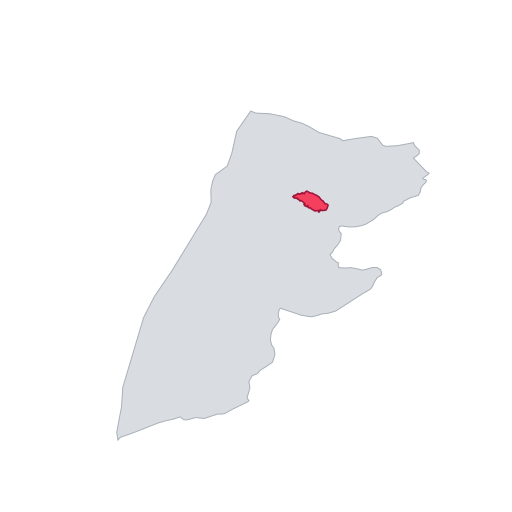 Gounwolaila, Gbapolu, Liberia shown in context, rotated 71°
{"feature_id": "62588387B55137864763124", "entity_name": "Gounwolaila", "entity_type": "district", "adm_level": 2, "iso_a3": "LBR", "parent_name": "Liberia", "parent_adm1": "Gbapolu", "projection": "equal_earth", "projection_center": [-9.957, 7.206], "detail": "fine", "context": "in_parent", "style": "filled", "palette": "rose", "viewbox_px": 512, "rotation_deg": 71, "n_neighbors": 0, "source": "geoboundaries", "source_scale": "gbopen_adm2", "svg_char_len": 4217}
<svg xmlns="http://www.w3.org/2000/svg" viewBox="0 0 512 512"><g transform="rotate(71 256 256)"><path d="M117.2,213.8L120.8,209.7L126.0,196.6L133.4,184.1L140.3,176.7L145.7,169.0L151.5,163.2L159.7,156.3L172.4,138.3L175.3,136.2L177.3,123.8L180.5,107.9L184.1,103.0L192.7,100.0L194.7,97.3L197.8,86.1L199.7,73.1L199.9,70.3L203.3,70.0L209.1,67.2L212.4,68.4L213.9,72.2L214.7,75.3L232.2,67.2L233.7,65.5L234.6,65.8L236.8,73.1L238.1,72.7L239.2,70.6L240.3,70.4L241.7,71.4L243.1,74.8L245.3,77.8L249.1,80.0L251.5,82.9L251.2,90.7L252.2,98.4L253.8,100.1L254.7,104.6L255.1,109.6L256.0,112.3L256.7,117.3L256.4,122.7L257.0,126.5L259.8,133.0L261.6,141.3L261.6,147.1L260.6,153.3L258.7,158.9L255.5,165.0L255.2,167.4L257.1,169.0L260.1,169.3L262.5,168.1L268.7,170.9L272.0,175.0L274.8,179.9L277.4,182.5L278.6,185.6L283.0,184.8L288.1,181.7L289.1,180.3L290.7,181.1L294.0,181.4L296.3,175.9L298.1,169.6L302.1,162.8L304.0,160.2L304.5,155.8L304.7,150.2L306.2,145.4L309.4,142.7L313.0,142.7L314.9,143.7L315.9,148.4L318.7,152.0L321.2,154.5L322.4,155.5L324.5,158.3L326.4,167.8L334.0,198.5L333.6,207.0L332.2,212.5L332.1,218.0L331.6,223.3L327.0,232.1L313.3,250.0L314.4,251.6L317.7,253.7L321.0,254.7L323.7,254.2L327.2,258.6L330.8,264.3L334.7,267.2L340.4,269.8L345.3,270.1L349.5,269.1L355.4,270.2L361.7,274.9L363.9,282.6L365.4,289.3L367.6,292.7L367.9,298.5L372.4,303.6L378.8,304.7L387.1,310.6L389.2,310.3L390.1,309.6L391.1,310.7L393.2,328.0L394.8,337.2L394.0,340.9L392.9,343.8L392.8,357.8L389.1,365.8L388.5,374.6L387.4,377.5L383.4,380.0L383.4,386.8L382.4,394.9L382.0,403.6L383.1,426.3L383.3,443.3L385.1,446.5L377.4,445.1L354.5,432.1L336.8,424.7L277.7,382.4L261.3,365.4L242.4,340.1L200.3,289.2L190.7,281.0L178.6,277.1L171.2,272.7L165.9,268.0L161.6,253.9L151.1,245.5L131.7,233.6L117.2,213.8Z" fill="#d9dde1" stroke="#a8b0b8" stroke-width="1"/><path d="M220.6,177.2L220.0,177.5L219.8,178.2L219.2,178.4L218.4,178.8L218.0,179.3L217.3,180.2L217.1,180.4L216.1,181.3L215.8,181.5L215.3,181.9L214.8,182.5L214.4,183.7L213.1,185.1L212.1,185.9L211.3,186.7L211.1,187.1L211.6,188.6L212.5,189.7L212.4,189.7L211.9,191.0L212.3,191.4L212.2,191.5L211.9,191.4L211.6,191.6L211.3,191.5L211.3,191.8L211.3,192.5L211.5,192.6L211.6,192.8L211.5,193.2L211.5,193.5L211.8,193.7L211.7,193.8L211.6,194.1L211.3,194.8L211.5,195.0L211.4,195.3L211.2,195.5L211.0,195.4L210.9,195.5L210.5,196.2L210.6,196.6L210.8,196.6L211.0,196.6L211.0,197.0L211.1,197.4L211.2,198.0L211.1,198.3L211.2,198.5L211.5,198.7L211.6,198.9L211.6,199.0L211.4,199.3L211.6,199.4L211.7,199.6L211.8,199.8L211.8,200.1L211.3,200.1L211.1,200.4L211.3,200.6L211.5,200.9L211.6,200.7L212.1,201.1L212.1,201.7L212.1,201.8L212.6,201.6L213.2,201.2L213.3,201.2L213.5,201.0L213.8,200.7L214.0,200.4L214.2,199.9L214.3,199.5L214.5,198.7L214.6,198.4L214.7,198.2L214.9,198.3L215.1,198.4L215.2,198.2L215.4,197.9L215.9,198.0L216.1,197.8L216.6,197.4L216.8,197.3L217.0,196.9L217.2,196.7L217.6,196.7L218.2,196.6L218.4,196.3L218.3,195.8L218.3,195.5L218.3,195.4L218.3,195.2L220.0,194.1L220.5,193.8L220.8,193.7L221.6,193.3L222.5,192.8L222.6,193.3L222.8,193.7L223.0,193.5L223.4,193.3L223.7,193.6L223.8,193.6L224.1,193.7L224.2,193.4L224.5,193.3L225.1,192.6L225.4,192.4L225.6,192.3L225.7,192.2L225.4,191.5L225.4,191.4L225.3,191.2L226.0,190.8L225.9,190.7L226.1,190.7L226.4,191.0L226.5,190.9L226.8,190.7L227.2,190.7L227.6,190.4L228.0,190.0L228.0,189.1L228.6,188.7L228.9,188.5L229.0,188.5L229.3,188.6L229.7,188.2L230.3,187.5L230.4,187.4L230.8,187.3L231.4,186.6L231.8,185.9L232.0,185.8L232.3,186.0L232.4,185.8L232.5,185.4L233.0,184.6L233.0,184.3L233.0,183.7L233.2,183.4L233.1,182.9L233.2,182.7L233.8,182.0L233.8,181.9L234.1,182.2L234.3,182.1L234.7,182.3L234.8,182.4L235.0,182.1L234.9,181.8L234.8,181.7L234.6,181.6L234.4,181.1L234.3,180.9L234.2,180.8L234.1,180.7L233.8,180.6L233.7,180.8L233.5,181.0L233.5,180.4L233.3,180.2L233.1,180.0L233.2,179.8L233.3,179.8L233.7,179.9L234.3,179.1L234.4,178.8L234.5,178.5L234.6,178.4L234.8,178.2L234.8,177.7L234.8,177.4L235.0,177.2L235.0,176.8L235.1,176.6L235.0,176.0L235.3,175.5L235.3,174.8L235.3,174.7L234.0,173.2L231.8,171.5L231.0,171.3L229.9,172.1L229.0,173.6L228.3,173.8L226.9,174.5L226.0,174.5L225.3,175.2L224.6,175.6L223.7,176.2L221.0,177.0L220.6,177.2Z" fill="#f43f5e" stroke="#9f1239" stroke-width="1.5"/></g></svg>